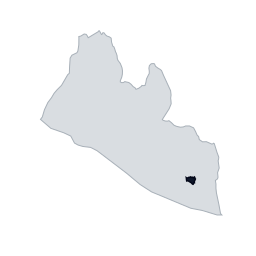 Nanee, River Gee, Liberia (highlighted), rotated 351°
{"feature_id": "62588387B68127744098501", "entity_name": "Nanee", "entity_type": "district", "adm_level": 2, "iso_a3": "LBR", "parent_name": "Liberia", "parent_adm1": "River Gee", "projection": "natural_earth1", "projection_center": [-8.141, 5.155], "detail": "fine", "context": "in_parent", "style": "filled", "palette": "ink", "viewbox_px": 256, "rotation_deg": 351, "n_neighbors": 0, "source": "geoboundaries", "source_scale": "gbopen_adm2", "svg_char_len": 2813}
<svg xmlns="http://www.w3.org/2000/svg" viewBox="0 0 256 256"><g transform="rotate(351 128 128)"><path d="M42.9,105.8L45.1,103.7L48.4,96.8L52.9,90.2L57.1,86.2L60.4,82.2L64.0,79.1L69.0,75.5L76.8,65.9L78.6,64.8L79.9,58.3L81.8,49.9L84.0,47.3L89.3,45.7L90.5,44.2L92.4,38.3L93.6,31.4L93.7,30.0L95.8,29.8L99.4,28.3L101.4,29.0L102.3,30.9L102.8,32.6L113.5,28.3L114.5,27.4L115.0,27.6L116.4,31.5L117.2,31.2L117.8,30.1L118.5,30.0L119.4,30.5L120.2,32.3L121.6,33.9L123.9,35.1L125.4,36.6L125.2,40.8L125.8,44.8L126.8,45.7L127.3,48.1L127.6,50.8L128.1,52.2L128.5,54.8L128.3,57.7L128.7,59.7L130.5,63.1L131.5,67.5L131.5,70.6L130.9,73.8L129.8,76.8L127.8,80.1L127.6,81.3L128.8,82.2L130.6,82.4L132.1,81.7L135.9,83.2L137.9,85.3L139.6,88.0L141.2,89.3L141.9,91.0L144.6,90.5L147.8,88.9L148.4,88.1L149.3,88.5L151.4,88.7L152.8,85.8L153.9,82.5L156.4,78.9L157.5,77.5L157.9,75.2L158.0,72.2L158.9,69.7L160.9,68.2L163.1,68.3L164.2,68.8L164.8,71.3L166.6,73.2L168.1,74.5L168.8,75.0L170.1,76.5L171.3,81.5L175.9,97.8L175.7,102.2L174.8,105.2L174.7,108.0L174.4,110.9L171.6,115.5L163.2,125.0L163.8,125.8L165.8,126.9L167.9,127.4L169.6,127.2L171.7,129.5L173.9,132.5L176.3,134.0L179.8,135.4L182.8,135.6L185.3,135.0L189.0,135.6L192.8,138.1L194.2,142.2L195.1,145.7L196.4,147.5L196.6,150.6L199.4,153.3L203.3,153.8L208.3,157.0L209.6,156.8L210.2,156.4L210.8,157.0L212.1,166.1L213.1,171.0L212.6,172.9L211.9,174.5L211.8,181.8L209.5,186.1L209.2,190.7L208.5,192.2L206.1,193.5L206.1,197.1L205.4,201.4L205.2,206.0L205.8,218.0L206.0,226.9L207.1,228.6L202.3,227.8L188.3,221.0L177.5,217.1L141.3,194.8L131.2,185.8L119.6,172.5L93.9,145.6L88.0,141.3L80.6,139.2L76.0,137.0L72.8,134.5L70.2,127.0L63.7,122.6L51.8,116.3L42.9,105.8Z" fill="#d9dde1" stroke="#a8b0b8" stroke-width="1"/><path d="M177.7,189.5L177.8,189.5L177.9,189.3L178.2,189.2L178.3,189.2L178.5,189.3L178.9,189.6L179.3,189.8L179.5,189.9L179.8,190.2L179.9,190.3L180.1,190.4L180.2,190.5L180.4,190.7L180.6,190.9L181.1,191.3L181.3,191.5L181.5,191.6L181.8,191.9L181.9,192.0L182.1,192.2L182.2,192.4L182.4,192.7L182.6,192.9L182.7,193.2L183.0,193.4L183.0,193.5L183.4,193.8L183.6,193.7L184.0,193.2L184.2,192.9L184.4,192.7L184.5,192.7L184.9,192.4L185.0,192.4L184.9,192.1L185.0,191.9L185.2,191.5L185.2,191.0L185.3,190.8L185.7,190.3L185.9,190.1L186.3,189.4L186.6,188.9L186.3,188.5L186.3,188.0L186.2,187.6L186.1,187.1L186.0,186.8L185.8,186.9L185.5,187.2L185.3,187.1L185.1,187.1L184.9,187.2L184.8,187.3L184.7,187.1L184.4,186.9L184.1,186.7L183.9,186.8L183.7,186.9L183.3,186.8L183.1,186.7L182.7,186.4L182.6,186.5L182.4,186.4L182.3,186.2L182.2,186.1L181.8,186.4L181.6,186.5L181.2,186.4L180.9,186.2L180.6,186.2L180.4,186.2L180.2,186.4L179.8,186.5L179.6,186.5L179.1,186.6L178.7,186.7L178.3,186.6L178.1,186.5L177.9,186.3L177.8,186.2L177.8,187.2L177.7,187.5L177.7,189.5Z" fill="#0f172a" stroke="#020617" stroke-width="1.5"/></g></svg>